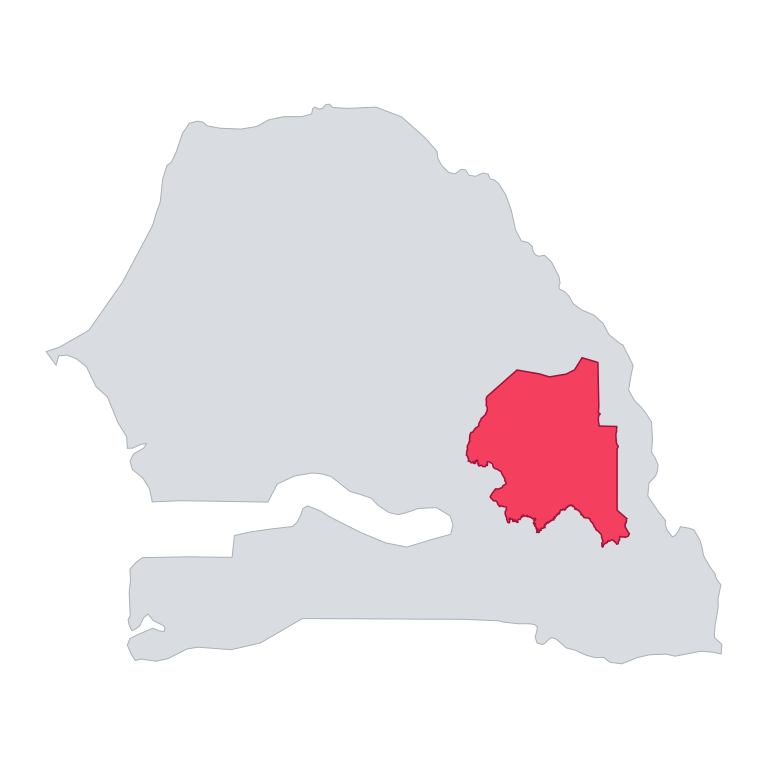 location of Goudiry, Tambacounda, Senegal
{"feature_id": "50182788B18390590381778", "entity_name": "Goudiry", "entity_type": "district", "adm_level": 2, "iso_a3": "SEN", "parent_name": "Senegal", "parent_adm1": "Tambacounda", "projection": "natural_earth1", "projection_center": [-12.97, 13.973], "detail": "fine", "context": "in_parent", "style": "filled", "palette": "rose", "viewbox_px": 768, "rotation_deg": 0, "n_neighbors": 0, "source": "geoboundaries", "source_scale": "gbopen_adm2", "svg_char_len": 9065}
<svg xmlns="http://www.w3.org/2000/svg" viewBox="0 0 768 768"><path d="M622.8,344.8L633.2,365.5L631.0,375.4L628.6,389.9L634.4,400.4L641.3,407.3L646.2,413.6L651.6,422.3L652.5,439.6L651.5,452.1L655.1,457.8L658.1,464.9L657.5,470.9L655.5,476.1L648.9,483.1L647.8,496.0L658.5,511.8L665.4,520.3L665.3,525.2L667.3,530.6L672.3,536.8L675.5,535.4L678.9,530.2L680.4,526.7L689.6,528.3L694.0,529.9L699.9,540.1L702.0,547.0L703.5,555.5L709.6,566.3L715.0,573.8L716.1,578.5L720.9,584.9L718.0,599.0L718.3,606.3L715.1,625.3L714.4,634.3L714.6,637.6L721.9,644.4L721.2,654.0L713.8,652.3L700.9,651.2L675.1,656.2L666.2,654.1L649.3,654.8L637.2,657.6L621.9,663.8L610.0,662.3L603.6,657.3L595.1,657.7L585.6,655.0L575.5,650.3L566.2,647.9L556.2,639.1L551.5,637.6L548.2,639.9L545.4,642.8L542.6,644.6L537.1,643.0L535.1,637.0L536.8,631.3L537.3,626.9L534.7,624.5L528.6,623.7L518.8,623.8L502.9,622.0L499.2,620.8L463.6,619.3L426.7,619.2L395.4,619.0L355.9,618.8L328.1,618.7L302.2,618.6L282.2,630.3L260.5,642.9L231.3,649.7L197.8,647.2L187.0,649.0L175.9,654.6L167.8,658.7L156.2,661.2L141.3,659.1L135.2,660.4L131.5,654.6L127.3,645.2L130.0,638.4L139.1,634.0L152.8,628.2L160.0,631.2L164.2,631.3L165.0,627.6L163.6,625.7L153.3,620.6L148.0,614.0L143.5,617.9L139.7,626.0L136.5,628.4L131.8,630.7L129.2,625.2L128.1,619.8L130.2,615.7L129.2,592.4L130.5,580.0L129.9,569.2L136.4,562.0L142.6,557.6L166.5,557.2L188.8,556.8L210.3,557.1L232.1,557.3L234.4,535.6L241.3,533.9L251.7,531.7L271.0,529.0L292.5,526.5L297.1,522.3L300.7,515.1L302.9,508.6L307.4,505.9L313.4,508.1L321.3,511.4L329.5,516.7L338.8,521.5L345.1,524.6L360.0,532.2L385.7,542.9L406.8,547.1L432.3,539.3L450.7,534.3L453.0,525.0L450.1,515.9L436.4,507.6L417.8,508.5L412.1,510.7L403.4,513.5L398.1,514.6L389.4,512.7L378.2,505.5L371.2,498.2L361.4,494.8L349.8,491.4L331.1,476.5L321.4,473.8L312.2,473.0L294.5,476.0L277.2,484.0L268.0,502.1L250.7,501.8L213.9,501.2L180.2,500.7L152.3,501.9L149.5,488.8L143.0,478.3L132.3,469.4L130.0,461.1L133.6,453.9L144.0,447.9L146.4,443.6L141.0,444.3L132.7,448.1L127.3,448.3L126.7,436.9L117.7,422.1L107.5,397.0L96.0,386.7L86.3,366.5L76.2,358.7L66.9,355.1L58.9,355.8L56.0,365.1L46.1,351.7L59.7,347.0L88.8,330.3L122.4,282.4L152.5,225.7L156.5,212.4L160.2,202.2L162.7,179.1L167.0,165.3L171.1,162.6L176.2,152.0L182.4,133.5L189.3,123.2L197.1,121.2L203.1,122.1L207.4,125.9L220.0,128.2L240.8,129.1L257.0,126.4L268.4,119.9L283.4,116.7L301.9,116.6L311.7,113.9L312.7,108.6L315.1,107.0L319.0,109.1L322.6,108.2L326.0,104.5L329.4,104.2L332.8,107.5L348.3,108.4L376.0,107.1L401.6,116.9L425.0,137.7L437.1,151.5L437.9,158.5L441.7,165.5L448.8,172.5L455.2,173.8L461.0,169.4L465.6,169.9L468.9,175.2L475.6,176.3L483.0,173.0L488.4,174.2L489.3,177.4L490.5,179.1L494.1,179.8L499.0,184.0L505.8,195.0L511.3,210.4L515.6,230.1L521.3,240.9L528.3,242.6L532.3,246.7L533.1,251.4L535.2,254.6L538.6,256.3L544.5,255.3L551.5,262.0L558.9,276.4L560.1,283.0L558.9,286.5L559.4,289.0L564.4,291.5L569.1,296.2L572.9,303.4L581.2,309.7L594.0,315.2L603.1,323.5L608.8,334.5L620.4,343.8L622.8,344.8Z" fill="#d9dde1" stroke="#a8b0b8" stroke-width="1"/><path d="M582.1,357.7L574.4,370.1L571.6,371.3L566.2,374.1L549.3,376.9L539.8,374.0L517.0,370.0L486.9,396.6L486.1,399.1L486.3,400.1L486.2,401.2L486.5,402.2L486.2,404.3L486.4,405.9L487.1,407.0L487.3,407.9L487.2,409.8L487.4,410.4L486.9,410.8L486.2,412.9L485.7,413.5L485.6,414.4L482.6,417.4L481.2,418.4L480.9,420.2L480.1,420.9L480.0,421.5L479.0,423.1L478.7,424.6L478.9,425.5L476.8,427.4L475.7,427.8L472.7,432.1L470.9,432.6L470.2,434.4L469.8,434.9L469.9,436.0L469.6,437.1L469.9,437.3L469.6,438.4L469.5,440.0L469.8,441.5L469.7,441.7L469.2,441.8L468.4,444.0L467.4,445.8L467.2,447.8L467.7,448.8L467.1,450.1L466.7,451.4L466.7,453.1L466.4,455.2L467.8,456.5L467.8,457.0L468.5,459.6L468.3,461.1L469.6,461.2L471.2,462.8L472.3,462.6L472.8,461.9L473.4,463.1L474.7,463.5L474.9,462.3L475.7,462.8L475.8,462.5L475.9,462.0L475.4,461.1L476.2,460.9L476.8,459.9L477.2,459.9L477.5,460.3L477.3,461.3L477.7,461.4L478.2,461.9L477.8,463.8L478.6,464.0L478.3,464.9L478.8,465.9L480.0,465.8L481.3,465.2L483.0,466.6L485.4,466.6L485.8,465.4L486.2,465.0L487.3,465.5L487.5,465.3L487.3,464.4L487.6,463.7L487.3,462.9L487.5,461.7L489.4,461.8L490.2,462.5L491.1,463.0L491.7,463.1L492.5,464.0L493.1,466.3L493.5,467.3L494.3,468.2L495.9,468.9L496.4,468.9L497.7,469.4L499.4,470.8L500.4,470.9L500.9,471.3L501.5,472.5L501.7,473.4L502.2,474.1L502.4,474.8L504.1,477.5L504.1,477.9L504.8,478.6L504.9,479.7L504.7,480.6L505.2,481.4L506.2,482.6L506.4,483.3L505.3,484.3L503.3,485.4L502.8,486.0L502.0,487.8L500.7,488.0L498.2,489.2L496.3,488.8L495.7,488.9L495.5,489.5L495.0,489.5L494.1,490.7L493.6,491.9L492.6,492.6L491.9,493.8L491.6,494.8L491.3,494.8L490.9,495.3L490.2,496.9L491.3,498.6L492.4,499.4L493.1,500.5L494.2,500.9L495.6,500.8L496.9,501.8L497.4,502.5L497.4,503.4L498.2,504.8L499.2,506.1L499.8,506.5L500.2,506.5L501.1,505.6L502.6,506.4L503.9,506.7L505.3,506.7L506.2,507.1L506.4,509.2L505.2,511.8L505.1,513.7L505.8,516.1L506.4,517.1L506.7,518.3L506.6,519.6L507.1,520.3L507.8,522.4L509.0,522.9L509.6,522.4L509.7,520.2L509.1,519.0L509.9,518.2L510.1,518.2L509.9,519.0L510.2,519.3L512.8,519.0L512.9,519.8L512.6,521.0L512.9,521.4L513.7,521.2L514.5,521.4L514.8,521.3L514.8,519.9L515.1,519.8L516.1,521.7L517.2,522.4L517.9,522.3L518.0,522.0L517.5,520.2L518.7,519.3L520.2,519.5L520.6,518.4L521.6,517.2L521.6,516.9L521.8,516.9L521.4,516.3L521.5,516.0L522.0,515.9L522.5,516.3L523.4,516.1L523.5,515.1L524.6,516.0L525.1,515.9L525.7,516.1L526.7,516.2L527.2,515.7L527.4,516.6L527.9,516.2L529.2,517.0L529.4,516.9L529.8,517.1L530.1,516.9L530.6,516.9L531.6,518.1L532.3,518.2L532.8,518.9L533.3,518.7L533.5,518.9L534.0,518.5L534.7,518.8L535.0,518.4L535.3,518.5L535.5,518.9L535.0,519.6L535.5,519.7L535.4,519.9L534.0,520.6L534.4,521.2L533.9,522.4L533.5,522.6L533.7,523.7L534.2,524.4L534.7,523.6L535.0,523.6L535.3,523.9L535.4,524.1L535.1,524.1L534.7,526.0L534.9,526.2L535.9,526.5L535.9,527.2L536.2,527.6L536.0,527.9L536.3,528.9L536.7,529.1L537.4,529.0L537.6,529.4L537.0,529.4L536.6,529.8L536.6,530.0L537.1,530.5L536.6,532.2L536.9,532.5L538.3,532.1L538.7,532.6L538.9,532.6L539.3,532.1L539.1,530.7L539.5,531.2L540.0,530.6L540.2,530.2L540.5,530.5L541.1,530.3L540.7,529.5L540.7,528.8L541.3,528.2L541.9,528.6L542.2,528.5L543.5,528.0L543.7,527.8L543.7,527.4L544.0,527.2L545.0,527.6L545.1,527.3L544.8,526.6L544.6,526.4L544.4,525.5L544.8,525.2L545.2,525.1L545.2,524.4L545.7,524.6L546.1,524.2L546.4,522.9L546.7,522.8L546.9,523.2L547.5,522.8L547.7,522.3L548.0,522.8L548.4,522.9L548.8,522.2L549.6,522.1L550.1,521.5L550.1,521.1L550.3,520.6L551.0,520.7L551.3,520.5L551.6,520.6L552.1,520.0L552.9,520.0L553.3,519.8L553.7,520.0L553.9,519.8L554.0,518.6L553.4,518.6L553.4,518.4L554.1,517.8L554.1,517.1L554.4,517.1L555.0,517.6L555.0,516.8L556.2,516.1L556.4,515.3L556.6,514.9L557.2,515.1L557.4,514.9L557.3,514.2L558.3,513.7L558.5,513.2L558.7,513.3L558.8,513.9L559.3,513.8L559.5,513.0L559.8,512.8L559.9,511.4L560.3,510.9L560.3,510.5L560.6,510.1L560.8,509.9L561.1,510.1L561.8,510.2L562.5,509.7L562.7,509.3L563.7,509.5L564.1,509.9L564.6,509.7L564.8,510.0L565.3,509.5L565.3,508.9L566.0,508.7L566.2,508.0L566.1,507.5L566.2,507.4L566.6,507.4L567.1,507.0L567.5,507.2L567.7,506.8L568.1,506.5L568.3,506.0L568.9,505.6L569.3,505.9L569.5,505.6L569.8,505.7L570.1,505.2L570.5,505.2L571.4,505.4L571.6,505.2L571.6,505.5L572.0,505.7L572.1,505.9L572.5,505.8L573.0,506.5L573.3,506.2L573.5,506.6L574.3,507.1L574.7,507.6L574.8,508.9L575.1,509.3L575.7,509.0L576.1,509.0L576.6,509.2L576.6,509.6L578.1,509.8L578.4,510.7L579.2,511.0L579.7,511.8L580.4,512.2L580.5,513.0L581.0,513.1L581.1,514.6L581.8,514.4L582.1,515.1L582.5,514.9L583.0,515.6L583.1,516.4L583.5,516.6L583.8,517.4L585.3,517.9L585.7,517.7L586.2,517.9L586.7,517.7L587.2,518.0L588.4,518.0L589.0,518.6L589.8,518.7L589.9,519.6L590.8,521.3L592.0,522.6L592.5,522.8L592.7,523.7L593.2,523.9L593.3,524.4L593.7,525.0L594.0,526.6L595.1,527.4L595.5,528.6L595.8,529.0L595.9,529.6L596.4,529.7L597.0,530.6L597.6,530.7L598.7,531.6L598.8,532.0L599.7,532.9L601.1,534.0L601.5,535.6L601.6,537.3L602.3,538.7L602.3,539.6L603.1,541.3L602.4,542.5L601.9,543.0L601.7,543.8L602.0,544.7L601.9,545.9L602.3,546.9L602.5,547.0L602.7,546.7L603.2,546.6L603.1,546.3L603.2,545.3L603.5,545.2L603.7,544.6L604.3,544.0L604.5,544.1L604.9,543.6L605.3,543.5L605.6,543.0L606.2,542.7L606.5,542.9L606.7,542.6L607.4,542.4L607.5,541.7L608.0,540.7L609.2,541.2L611.7,539.9L612.3,539.8L614.0,541.0L614.4,541.6L615.3,542.0L616.6,544.1L617.2,544.1L618.0,543.8L618.2,543.5L618.2,541.7L619.0,540.8L619.6,539.8L619.6,537.3L620.0,536.5L622.1,537.1L623.9,536.8L625.6,537.4L626.2,536.8L627.2,536.7L628.3,536.0L629.4,533.8L628.4,532.5L625.0,526.5L625.2,525.2L624.9,524.2L625.6,523.0L626.2,522.8L626.5,520.8L626.5,519.7L626.3,518.9L626.8,518.6L617.1,510.2L617.1,448.6L617.6,447.9L618.2,446.6L618.2,446.1L616.7,444.0L616.5,442.5L616.0,441.3L616.4,440.3L616.0,439.4L616.2,438.4L616.0,438.0L615.9,433.7L616.4,432.5L616.6,430.8L616.4,429.9L616.8,428.3L616.7,426.5L599.1,426.0L599.0,424.2L598.4,421.3L598.4,417.3L599.0,415.1L600.0,414.4L600.0,413.7L598.4,412.9L598.8,406.0L597.9,362.5L582.1,357.7Z" fill="#f43f5e" stroke="#9f1239" stroke-width="1.5"/></svg>